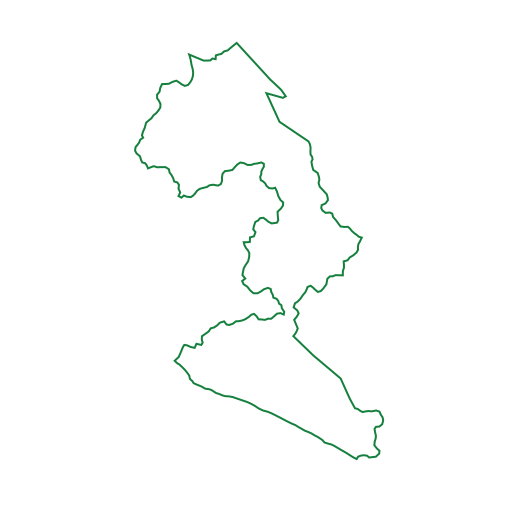 outline of Mata de São João, Bahia, Brazil, rotated 83°
{"feature_id": "56859067B13319482102872", "entity_name": "Mata de São João", "entity_type": "district", "adm_level": 2, "iso_a3": "BRA", "parent_name": "Brazil", "parent_adm1": "Bahia", "projection": "mercator", "projection_center": [-38.132, -12.491], "detail": "fine", "context": "isolated", "style": "outline", "palette": "green", "viewbox_px": 512, "rotation_deg": 83, "n_neighbors": 0, "source": "geoboundaries", "source_scale": "gbopen_adm2", "svg_char_len": 4862}
<svg xmlns="http://www.w3.org/2000/svg" viewBox="0 0 512 512"><g transform="rotate(83 256 256)"><path d="M350.1,349.5L352.7,347.4L354.4,345.2L357.4,342.7L360.6,340.3L363.5,338.5L366.6,336.8L369.9,336.6L372.3,334.5L374.6,333.4L376.3,330.7L377.7,328.1L379.0,325.8L381.5,322.6L382.4,319.0L383.6,316.5L385.5,314.3L387.2,312.3L388.4,309.4L390.0,306.8L391.3,303.8L392.1,299.7L393.2,296.2L394.7,293.2L396.3,289.9L397.8,286.8L399.6,283.0L401.3,280.1L402.7,278.0L404.7,275.3L407.5,272.1L410.1,268.1L412.0,263.4L413.6,260.5L415.7,257.2L417.9,254.0L419.6,251.4L421.6,248.6L424.0,245.1L426.8,240.8L428.6,237.6L430.7,235.0L432.4,232.7L435.4,228.7L437.1,225.5L438.7,222.8L441.0,219.9L443.5,216.3L446.8,212.5L449.4,210.8L450.7,208.0L452.1,204.5L453.9,201.6L456.3,198.5L458.3,195.9L460.1,193.5L462.1,190.8L465.4,186.8L467.6,184.1L469.8,180.9L467.6,179.1L466.9,176.2L466.9,173.2L467.7,170.2L469.8,168.2L469.8,165.1L469.8,161.4L467.1,157.8L464.4,157.2L461.6,159.6L458.2,161.6L454.7,160.8L451.6,159.4L448.8,158.9L445.2,159.3L442.1,159.4L440.2,157.8L440.3,154.3L438.4,151.3L434.8,149.8L431.6,150.0L428.6,151.5L425.5,152.4L424.0,155.6L424.3,160.1L423.6,163.2L423.6,166.0L423.9,169.2L422.2,171.6L420.2,173.7L419.2,176.3L408.8,180.4L387.9,186.9L361.5,211.4L340.1,228.7L337.7,226.3L335.6,224.8L333.0,223.4L324.0,225.9L321.1,222.8L318.2,220.7L315.1,221.6L311.6,224.9L307.7,223.1L306.4,220.3L303.9,217.2L300.6,214.3L297.9,211.4L295.4,209.8L293.0,208.6L292.2,205.5L294.1,203.4L296.5,201.5L299.2,199.0L298.7,196.0L296.6,193.3L292.7,189.6L287.2,187.9L285.2,185.0L285.5,182.3L284.7,179.4L285.3,175.5L285.8,172.2L281.5,171.6L278.3,170.1L275.4,169.8L272.0,169.6L271.4,165.6L268.9,163.2L267.1,159.2L264.8,155.8L262.3,154.0L259.9,153.8L256.8,153.0L254.3,151.1L250.6,148.8L249.5,151.5L247.2,153.6L245.3,155.7L242.6,158.0L240.4,159.3L238.3,161.1L237.9,164.8L237.0,168.5L233.6,170.4L230.4,172.2L226.7,174.7L223.2,175.2L221.8,177.6L221.7,181.6L218.8,184.6L216.3,185.4L213.5,184.6L212.3,180.6L209.3,177.8L206.3,177.8L203.3,178.3L199.4,181.1L195.0,184.3L191.1,185.0L188.0,183.8L185.3,183.9L181.2,184.6L177.5,188.7L173.3,189.3L169.2,189.5L167.0,188.1L164.5,188.2L161.9,189.5L158.6,189.2L154.8,188.6L151.1,189.0L148.6,190.0L125.7,216.3L95.7,225.8L102.3,210.0L101.1,207.0L94.1,210.8L86.0,217.5L82.7,220.3L42.2,249.2L44.7,253.3L46.8,256.6L48.5,259.0L49.0,262.7L51.2,265.7L51.5,268.8L52.0,271.4L55.7,272.1L54.7,275.3L56.3,277.4L56.1,280.3L55.7,284.1L47.9,297.8L50.4,297.3L53.6,296.9L58.3,296.7L62.5,296.1L66.3,296.0L70.0,296.8L73.0,298.2L75.4,300.0L77.9,302.5L78.5,305.8L76.7,308.7L74.1,311.4L72.3,313.7L73.0,317.7L74.4,321.3L74.3,324.5L73.9,328.3L77.6,330.6L81.2,331.7L83.8,334.5L87.4,334.9L90.0,333.5L93.4,332.3L97.0,332.9L99.0,334.5L102.0,337.5L103.8,340.5L106.5,343.0L108.7,346.4L110.3,348.8L113.0,349.9L115.6,351.0L119.0,353.1L122.4,354.5L124.8,353.6L126.6,356.9L129.1,358.1L131.2,360.1L133.3,362.3L136.8,363.2L139.7,362.0L142.9,359.0L146.6,358.4L149.3,357.5L150.4,354.7L152.7,353.4L155.9,352.5L155.1,349.6L154.4,346.4L155.9,343.3L156.2,339.6L156.8,334.9L159.3,331.9L162.7,331.6L165.1,330.1L168.7,328.7L172.1,328.1L173.4,325.1L176.0,323.8L179.7,324.7L183.7,323.5L187.1,325.6L189.0,322.8L187.2,320.3L188.8,317.2L189.6,313.6L188.4,311.1L186.7,309.0L184.2,306.7L182.5,303.7L182.0,300.2L181.5,296.2L180.2,293.7L180.0,290.1L181.5,285.0L180.2,282.0L177.1,280.5L173.7,280.2L170.2,279.1L168.0,276.5L168.0,272.5L167.7,268.9L165.4,266.4L162.9,263.4L161.3,260.1L162.4,256.6L164.6,253.3L165.0,249.4L164.3,246.9L164.3,243.5L163.8,239.4L165.4,237.0L168.3,237.3L170.5,239.0L172.8,240.4L175.5,240.8L177.8,242.2L181.3,242.0L182.9,239.8L185.1,238.0L187.7,237.0L190.2,234.8L191.0,231.3L190.6,228.7L194.7,227.3L199.1,226.6L203.4,224.9L206.2,222.5L209.2,223.1L212.0,225.5L214.7,229.2L219.3,229.5L223.3,229.6L225.5,231.2L225.6,236.4L223.5,239.6L221.3,241.5L219.0,244.0L219.0,247.4L221.0,249.5L222.1,252.5L225.8,254.3L229.2,255.5L232.2,253.6L236.2,255.6L236.8,259.7L241.3,260.4L241.2,263.7L240.8,266.5L244.0,266.1L247.2,264.8L249.4,263.3L252.3,262.3L255.8,262.8L260.2,264.4L263.8,267.5L266.6,269.6L270.1,270.8L273.2,271.8L277.1,269.4L279.1,272.8L282.4,271.8L285.5,268.3L289.4,266.0L292.7,263.0L293.2,259.1L292.0,255.9L289.9,252.0L289.1,248.0L290.6,245.4L293.4,245.3L296.5,244.1L299.5,243.8L300.9,240.9L303.2,239.4L306.1,238.9L307.9,236.8L311.0,236.7L314.8,234.8L317.5,235.6L315.7,238.6L315.8,242.2L318.2,245.6L320.1,248.5L319.7,251.8L320.5,254.9L319.7,258.0L319.2,261.1L316.0,262.7L313.2,265.0L313.7,267.8L315.5,270.4L317.4,274.2L318.3,277.6L318.6,281.0L318.4,283.9L320.4,287.2L321.2,291.1L320.4,293.6L317.0,295.6L317.8,300.0L320.2,303.1L321.8,306.3L322.3,309.8L325.1,312.1L327.4,316.3L329.0,319.4L332.4,320.0L335.5,319.5L337.6,321.1L335.9,325.8L339.7,328.1L338.2,332.2L336.3,335.2L335.5,338.0L337.9,339.9L341.0,341.6L344.0,343.3L346.9,345.1L348.6,347.5L350.1,349.5Z" fill="none" stroke="#15803d" stroke-width="2"/></g></svg>